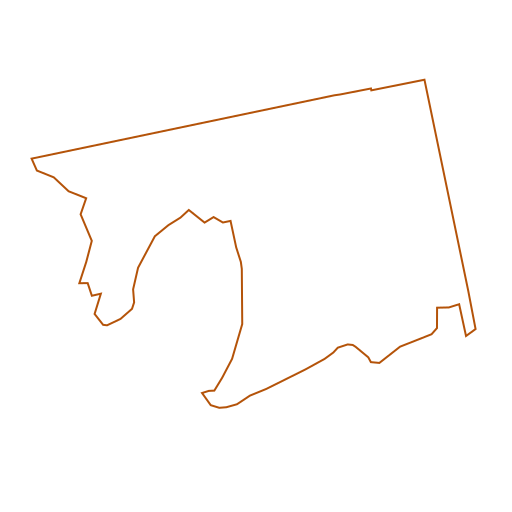 Chambers, Texas, United States of America (Natural Earth projection), rotated 349°
{"feature_id": "52423323B38827881811881", "entity_name": "Chambers", "entity_type": "district", "adm_level": 2, "iso_a3": "USA", "parent_name": "United States of America", "parent_adm1": "Texas", "projection": "natural_earth1", "projection_center": [-94.702, 29.707], "detail": "fine", "context": "isolated", "style": "outline", "palette": "amber", "viewbox_px": 512, "rotation_deg": 349, "n_neighbors": 0, "source": "geoboundaries", "source_scale": "gbopen_adm2", "svg_char_len": 967}
<svg xmlns="http://www.w3.org/2000/svg" viewBox="0 0 512 512"><g transform="rotate(349 256 256)"><path d="M86.5,282.1L92.8,294.4L96.6,295.6L111.0,291.9L124.2,284.2L127.5,278.3L129.0,265.3L138.0,245.0L160.5,217.3L175.9,209.0L189.2,203.9L198.8,198.0L211.9,213.4L221.8,209.7L229.9,216.8L237.7,216.7L238.2,243.7L240.0,258.9L239.6,266.0L229.5,320.2L212.9,352.4L199.6,369.0L189.4,380.2L184.0,379.4L176.9,380.2L183.1,393.8L191.0,398.0L198.0,398.8L209.0,397.9L223.4,391.9L240.5,388.5L282.8,376.8L303.7,370.1L313.5,365.5L318.8,361.6L329.1,360.3L334.0,361.8L336.4,364.1L346.9,376.9L348.5,382.1L356.7,384.5L380.1,372.5L413.4,366.3L419.9,361.3L423.9,341.3L435.5,343.3L446.2,342.1L446.9,374.6L457.6,369.6L457.7,330.9L455.0,115.1L400.8,115.4L400.8,113.5L369.4,113.5L363.6,113.2L54.3,117.6L57.2,130.3L72.5,140.2L84.4,156.7L100.3,166.9L91.8,181.6L97.7,209.8L88.2,229.5L77.4,249.0L85.6,250.5L87.3,263.7L96.5,263.4L86.5,282.1Z" fill="none" stroke="#b45309" stroke-width="2"/></g></svg>